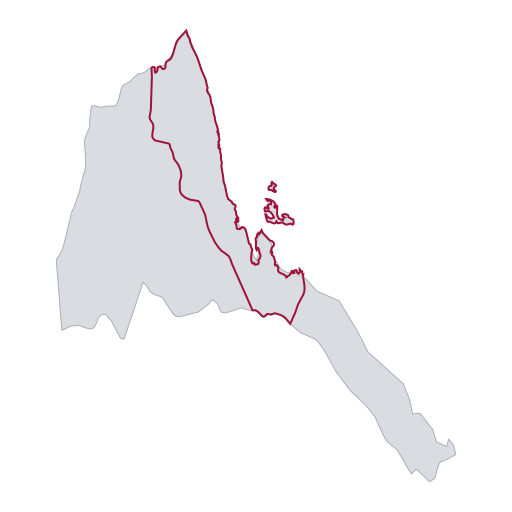 Semenawi Keyih Bahri highlighted on a map of Eritrea
{"feature_id": "ERI-1562", "entity_name": "Semenawi Keyih Bahri", "entity_type": "Region", "adm_level": 1, "iso_a3": "ERI", "parent_name": "Eritrea", "parent_adm1": "", "projection": "equal_earth", "projection_center": [39.644, 16.17], "detail": "fine", "context": "in_parent", "style": "outline", "palette": "rose", "viewbox_px": 512, "rotation_deg": 0, "n_neighbors": 0, "source": "natural_earth", "source_scale": "10m", "svg_char_len": 8390}
<svg xmlns="http://www.w3.org/2000/svg" viewBox="0 0 512 512"><path d="M61.8,330.1L60.0,307.0L58.8,291.6L57.5,275.3L56.3,259.9L62.0,250.5L64.7,241.5L71.6,212.4L74.3,206.6L79.7,191.0L80.4,186.5L85.7,166.8L85.3,153.8L84.3,140.6L87.2,132.8L89.8,126.6L89.6,121.3L90.9,109.1L91.7,106.0L94.8,105.8L101.2,107.4L105.9,106.2L111.3,106.1L115.5,105.8L118.0,102.0L121.5,87.7L123.7,84.9L125.4,84.0L130.2,81.4L134.3,77.2L137.6,74.2L138.9,73.6L142.4,73.2L146.0,71.5L147.6,69.5L152.0,67.9L156.4,68.8L159.3,67.0L161.3,65.9L163.5,65.8L165.6,64.1L166.4,61.6L167.7,60.0L171.1,56.3L172.7,53.6L173.4,50.9L174.1,48.7L175.6,45.1L181.6,36.0L186.7,30.7L204.5,76.7L211.8,103.9L218.1,132.3L222.8,175.0L227.4,196.8L234.7,207.5L239.7,227.9L244.0,228.7L247.1,234.3L252.5,253.4L256.3,260.5L258.3,254.4L258.1,250.8L256.6,245.0L258.0,237.4L261.0,232.8L267.8,239.0L271.5,243.7L272.5,253.1L274.1,258.3L281.2,269.4L287.3,272.6L295.1,273.4L301.6,275.8L306.9,279.9L316.7,291.1L339.2,300.9L357.4,331.1L368.1,352.1L403.3,383.8L409.4,399.1L412.6,414.0L420.0,413.3L432.7,429.6L436.5,442.0L446.9,446.5L448.6,439.2L453.6,445.2L455.7,454.5L449.1,458.3L441.8,461.6L440.7,461.4L438.3,465.7L434.9,477.6L431.1,481.0L429.1,481.3L417.6,470.2L415.9,469.6L413.4,471.8L411.6,474.0L406.3,465.7L402.3,458.3L396.9,449.5L391.6,445.5L386.0,440.5L380.4,429.0L374.7,416.3L366.3,405.9L350.6,390.9L336.2,371.9L325.2,352.0L318.1,341.7L315.0,339.1L300.4,332.6L290.2,323.6L282.3,316.1L277.5,314.1L272.8,313.8L262.9,315.3L254.6,310.6L251.1,310.6L245.5,309.3L241.2,307.6L236.1,309.6L225.6,312.9L221.3,312.2L218.9,307.6L217.6,304.0L213.9,300.3L210.9,300.3L209.2,303.6L198.3,312.0L179.9,316.6L175.6,316.3L172.3,312.9L163.1,298.6L160.4,296.2L158.4,296.0L154.1,294.3L150.1,291.6L146.5,285.7L143.0,282.3L139.2,293.8L132.5,314.0L128.8,324.8L124.2,338.7L122.7,339.1L120.4,338.1L111.3,320.8L105.5,314.3L101.2,314.9L98.1,318.1L96.1,323.9L93.9,327.5L91.6,328.9L86.6,328.2L78.9,325.4L71.0,326.0L62.8,330.0L61.8,330.1ZM277.5,214.8L279.9,219.0L281.6,218.6L283.0,217.2L283.9,214.2L293.3,220.1L292.8,224.1L287.2,224.3L280.7,222.6L274.7,223.2L267.6,221.5L265.9,214.8L270.5,218.0L272.8,217.2L273.2,216.3L270.0,211.8L265.5,210.9L265.8,207.3L267.8,205.9L269.1,204.2L266.5,199.3L271.6,200.4L274.8,203.4L276.9,206.8L277.5,214.8ZM273.6,183.9L275.6,191.6L269.8,188.7L268.8,187.1L271.4,184.0L271.9,182.1L273.6,183.9Z" fill="#d9dde1" stroke="#a8b0b8" stroke-width="1"/><path d="M163.0,69.1L164.4,68.8L165.4,67.6L165.5,66.0L165.5,64.3L165.8,62.7L166.8,61.5L169.7,59.7L170.9,58.5L172.6,55.1L176.2,42.9L177.8,39.8L186.2,30.7L186.4,31.6L186.9,32.4L187.3,34.9L189.9,39.5L190.0,40.3L190.1,41.9L190.3,42.7L191.3,44.7L191.5,45.1L191.8,46.5L197.3,57.4L201.4,69.8L205.5,79.1L207.0,85.8L207.6,87.4L206.9,90.5L208.0,92.9L209.6,95.1L210.5,97.5L210.8,100.6L211.3,103.3L213.0,108.0L213.3,109.5L213.5,112.7L213.8,114.4L214.7,116.7L215.0,119.9L215.3,121.2L217.3,127.0L218.6,133.3L217.7,132.7L218.9,136.3L219.2,138.0L219.4,140.3L218.3,141.8L219.2,145.5L218.9,147.5L218.5,147.0L218.6,148.2L219.2,148.6L219.8,148.6L220.2,148.8L220.1,151.6L220.2,152.4L220.9,154.4L221.0,155.4L220.9,158.5L221.0,159.5L221.2,160.3L221.7,161.6L221.8,162.5L221.7,163.5L221.4,165.5L221.4,166.6L223.2,177.1L223.4,180.6L223.6,181.8L225.0,185.8L227.1,196.2L228.2,199.0L231.8,201.8L232.3,203.0L232.8,203.6L235.0,204.8L235.6,205.5L235.6,206.5L235.3,207.4L234.9,208.2L234.8,209.1L234.9,210.0L235.8,211.2L236.0,211.8L236.1,213.9L236.4,215.2L238.0,217.6L237.0,217.7L236.3,218.5L236.0,219.6L236.4,220.9L236.6,220.2L237.2,219.4L237.8,219.0L238.4,219.8L238.3,221.3L237.1,222.0L235.8,222.2L235.2,222.2L235.3,223.0L236.4,225.2L236.7,227.9L236.8,228.5L237.6,228.9L239.0,229.1L240.3,228.9L240.9,228.2L241.3,227.3L242.4,227.1L243.6,227.4L244.5,227.9L245.9,230.5L249.0,243.6L249.3,243.9L250.4,244.4L250.7,244.7L250.8,246.1L251.2,247.4L251.7,248.6L252.3,249.4L251.4,253.7L251.1,260.6L251.2,260.9L251.8,261.4L251.9,261.7L252.1,263.0L252.7,263.6L253.5,263.6L254.3,263.1L254.9,264.6L255.6,264.8L256.5,264.4L257.8,264.2L258.3,263.8L258.6,262.8L258.7,261.8L258.6,261.2L258.3,260.4L258.6,259.9L259.3,259.2L260.4,256.6L260.5,255.0L259.4,252.3L258.7,249.1L258.2,248.0L257.4,248.0L257.0,249.2L256.6,249.9L256.0,248.2L255.9,246.7L256.0,242.5L256.0,241.6L255.7,240.1L255.6,239.2L255.7,238.2L256.0,237.9L256.4,237.8L256.8,237.3L257.2,234.5L257.6,233.7L258.4,234.5L258.8,234.5L258.9,233.9L259.3,232.4L259.6,232.4L259.6,233.4L260.3,232.7L261.1,231.0L261.6,230.1L262.5,232.2L263.7,233.9L269.4,240.0L270.2,240.6L271.6,241.0L272.1,241.2L272.7,241.7L273.4,242.4L273.8,243.2L274.0,244.0L273.9,244.9L273.5,245.9L272.4,247.0L271.9,247.7L271.6,248.5L270.7,251.5L271.3,251.4L271.8,251.6L272.2,252.1L272.3,252.9L272.1,253.2L271.5,253.5L271.4,253.7L271.5,254.1L271.8,254.4L272.2,255.3L273.6,256.6L273.9,257.3L274.1,258.3L274.9,260.4L275.1,261.4L275.1,262.3L274.9,263.4L274.9,264.4L275.1,265.3L275.9,265.0L276.7,265.2L277.4,265.8L277.6,266.6L277.7,267.3L278.3,267.5L278.4,268.0L278.4,268.7L278.1,269.9L278.0,270.5L278.6,271.9L280.0,272.8L284.4,274.9L285.3,275.5L285.8,275.9L286.2,277.4L287.1,277.1L288.4,275.7L289.8,275.0L290.7,273.4L291.5,271.6L292.3,270.2L292.2,271.5L292.4,272.6L293.0,273.2L294.0,273.0L294.3,272.3L294.1,271.3L294.3,270.6L295.3,270.2L296.2,270.1L296.8,270.7L296.6,271.6L296.7,272.1L297.8,272.6L298.2,273.5L298.8,273.5L299.2,273.3L299.6,272.8L300.1,271.9L299.8,271.2L299.6,270.6L299.6,269.1L300.0,269.5L300.2,270.4L300.5,270.7L302.1,271.3L302.2,272.0L302.2,273.4L302.5,274.1L303.0,274.5L303.2,274.4L303.1,274.9L303.2,277.4L304.4,285.1L304.6,288.4L304.3,291.4L303.4,294.4L298.1,304.3L295.1,312.9L290.2,323.8L285.6,318.2L283.3,316.4L280.7,315.0L275.3,313.3L274.3,313.3L271.3,314.5L270.5,314.5L267.9,313.9L266.8,314.2L265.0,316.3L263.8,316.7L262.7,316.5L261.8,315.9L258.6,312.3L257.0,311.0L255.2,310.2L253.3,310.3L252.6,310.4L232.1,264.2L230.8,260.4L229.0,256.4L226.5,254.3L221.3,250.7L218.5,247.4L215.0,242.4L209.6,231.6L208.1,227.9L207.1,224.4L205.1,214.6L199.9,203.2L199.0,201.7L198.2,201.0L190.2,199.7L187.4,198.6L184.6,197.1L181.7,194.5L180.4,192.3L179.8,189.7L179.7,183.2L179.9,181.2L180.3,179.8L180.8,178.5L181.1,177.4L181.3,175.8L181.2,174.0L180.9,171.6L180.1,168.9L178.4,164.9L176.9,162.6L175.5,161.0L174.2,159.1L173.6,157.0L172.7,152.7L172.0,151.0L170.8,148.8L170.3,147.2L169.9,145.5L169.6,144.4L168.9,143.6L155.4,140.5L154.0,139.6L152.6,137.7L152.3,135.9L152.4,133.5L153.3,128.3L153.3,125.8L153.0,124.1L152.2,122.7L151.3,121.4L150.0,119.2L149.6,117.6L149.7,115.7L150.1,114.0L150.8,110.1L151.9,77.4L151.5,68.6L151.4,67.7L152.9,67.0L154.2,67.1L154.8,67.8L154.8,69.2L154.7,70.8L155.1,72.5L156.0,72.5L156.9,71.4L157.6,69.8L157.6,69.0L157.4,68.0L157.6,67.3L158.0,67.2L160.1,66.3L161.0,67.1L161.9,68.3L163.0,69.1ZM292.0,219.2L292.9,219.2L293.2,219.4L293.7,222.6L293.3,224.1L292.5,224.7L291.2,223.9L290.3,223.6L287.4,224.5L286.2,224.6L284.9,224.1L282.8,222.7L281.4,222.5L278.5,223.3L277.6,223.1L277.3,222.8L276.8,221.8L276.4,221.3L275.8,222.7L275.1,223.3L274.1,223.4L272.7,223.1L270.3,221.9L269.1,221.6L267.8,221.9L266.9,220.4L265.3,214.3L266.0,214.3L266.4,214.5L266.5,214.8L266.1,215.4L266.6,215.7L267.0,216.2L267.2,216.8L267.4,217.6L267.8,217.6L268.4,217.3L269.1,217.7L270.0,218.3L270.6,218.7L271.4,218.6L273.9,217.6L272.8,215.0L271.3,212.9L269.6,211.5L267.6,211.0L265.6,211.6L264.9,211.3L264.5,209.9L264.6,208.3L265.1,207.4L265.9,207.3L267.7,208.8L268.5,208.9L268.7,208.2L268.0,206.8L267.6,205.2L268.7,204.5L270.3,204.3L271.0,204.4L271.3,203.4L270.9,202.1L270.2,201.0L269.6,200.6L267.5,200.7L266.9,200.3L266.1,199.0L268.3,199.2L270.6,199.9L272.8,201.0L274.5,202.5L275.3,204.2L275.0,205.3L274.4,206.2L274.3,207.1L274.7,207.7L275.3,207.7L276.3,207.1L276.0,206.3L275.9,205.7L276.5,205.5L277.2,206.0L277.3,207.1L277.0,213.6L277.1,214.8L277.5,215.9L278.6,218.3L278.8,218.9L279.4,219.0L282.9,220.3L283.8,218.1L284.1,217.6L284.6,217.4L282.6,216.5L282.1,215.6L282.5,214.7L283.6,214.3L284.9,214.2L286.1,214.3L286.8,214.5L287.3,214.7L287.8,215.0L288.2,215.4L288.4,216.0L288.5,216.7L288.7,217.3L289.2,217.6L290.0,217.8L291.3,218.9L292.0,219.2ZM274.7,186.7L273.8,187.8L273.6,189.0L274.0,189.4L274.5,189.8L274.9,190.3L275.6,190.9L275.8,191.6L274.8,192.0L273.0,191.2L271.6,190.2L269.0,189.9L268.4,189.1L268.5,187.7L268.9,186.5L270.0,186.0L271.3,185.9L271.8,185.4L271.6,184.7L271.5,184.0L271.5,183.1L271.6,182.2L272.0,181.9L273.5,183.4L274.0,183.8L274.6,184.0L275.6,184.6L276.1,185.5L275.7,186.3L274.7,186.7Z" fill="none" stroke="#9f1239" stroke-width="2"/></svg>